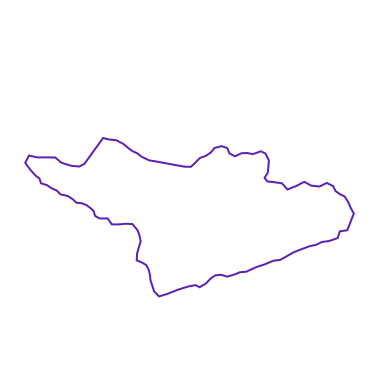 Areal, Rio de Janeiro, Brazil, rotated 241°
{"feature_id": "56859067B22984730700411", "entity_name": "Areal", "entity_type": "district", "adm_level": 2, "iso_a3": "BRA", "parent_name": "Brazil", "parent_adm1": "Rio de Janeiro", "projection": "natural_earth1", "projection_center": [-43.115, -22.237], "detail": "fine", "context": "isolated", "style": "outline", "palette": "violet", "viewbox_px": 384, "rotation_deg": 241, "n_neighbors": 0, "source": "geoboundaries", "source_scale": "gbopen_adm2", "svg_char_len": 1633}
<svg xmlns="http://www.w3.org/2000/svg" viewBox="0 0 384 384"><g transform="rotate(241 192 192)"><path d="M282.3,140.4L268.8,111.6L268.9,105.8L273.3,99.3L277.5,95.2L281.1,91.9L288.5,89.1L291.5,83.8L293.9,79.5L297.2,73.6L302.9,67.1L298.4,60.3L289.7,61.4L282.3,63.1L277.8,65.1L272.8,64.2L268.4,68.4L262.9,71.3L258.9,74.4L253.6,75.9L248.7,81.5L243.3,84.3L238.7,85.7L235.5,90.3L231.6,93.4L227.4,95.3L223.2,96.8L218.2,95.6L213.6,98.4L209.8,105.4L202.5,106.2L198.8,113.0L196.5,118.4L192.9,124.3L185.3,125.8L180.3,125.2L173.7,123.2L169.4,118.7L164.9,114.2L159.0,110.5L154.8,113.9L150.3,116.6L145.1,116.4L139.6,115.0L135.3,113.0L129.7,111.9L123.5,110.7L116.7,112.5L114.9,120.4L114.0,127.4L113.3,132.5L112.2,138.1L111.1,143.2L108.8,150.0L105.0,152.5L105.2,159.8L107.4,166.8L107.8,172.0L105.5,177.3L100.8,181.9L99.2,189.7L98.6,195.1L96.0,200.7L95.6,206.3L95.1,212.2L93.6,219.6L92.4,230.0L89.9,235.9L89.9,243.6L90.0,252.1L88.9,260.0L87.6,268.3L85.6,275.2L85.3,281.3L82.6,288.4L81.1,297.1L85.9,302.2L83.3,309.3L94.7,323.1L100.8,323.1L107.2,323.7L114.0,323.4L118.4,320.3L123.2,318.0L128.7,318.3L134.6,314.3L135.0,306.1L139.7,299.4L146.5,295.1L146.7,285.9L147.9,276.8L156.0,274.9L160.7,268.7L164.6,263.1L169.2,262.4L172.3,267.8L176.5,270.7L182.4,274.6L190.0,274.9L194.2,272.0L195.6,263.6L199.4,259.1L201.9,254.1L202.4,246.9L207.5,243.5L213.4,244.1L217.7,240.2L219.6,233.1L217.4,227.5L216.9,221.9L217.9,215.1L215.8,208.3L214.6,203.2L217.9,197.6L225.2,188.6L231.9,180.5L236.1,175.4L240.4,169.9L247.3,165.0L252.4,162.9L256.5,159.8L260.8,157.8L267.7,155.1L273.7,151.1L278.5,144.5L282.3,140.4Z" fill="none" stroke="#5b21b6" stroke-width="2"/></g></svg>